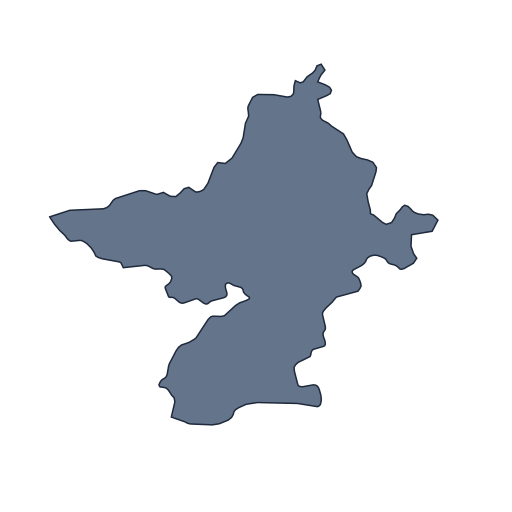 Osjecko-Baranjska, Mercator projection, rotated 342°
{"feature_id": "HRV-1603", "entity_name": "Osjecko-Baranjska", "entity_type": "County", "adm_level": 1, "iso_a3": "HRV", "parent_name": "Croatia", "parent_adm1": "", "projection": "mercator", "projection_center": [18.514, 45.561], "detail": "fine", "context": "isolated", "style": "filled", "palette": "slate", "viewbox_px": 512, "rotation_deg": 342, "n_neighbors": 0, "source": "natural_earth", "source_scale": "10m", "svg_char_len": 4162}
<svg xmlns="http://www.w3.org/2000/svg" viewBox="0 0 512 512"><g transform="rotate(342 256 256)"><path d="M353.0,105.0L354.8,104.9L360.1,101.3L366.2,99.5L369.7,97.6L372.7,94.0L377.2,93.7L379.0,100.5L373.7,104.0L371.3,106.3L368.5,109.5L374.8,114.6L378.1,118.2L379.0,121.6L376.8,124.5L372.9,125.3L363.1,126.2L362.2,138.3L361.6,140.8L360.5,142.7L360.0,144.6L361.1,147.3L365.8,152.1L368.0,155.9L376.9,166.9L378.3,173.6L379.6,186.9L382.2,192.6L386.4,196.0L391.6,199.0L396.1,202.9L397.9,209.2L396.1,213.0L387.7,224.7L384.3,227.2L380.6,230.9L379.4,239.2L379.0,247.4L377.9,251.2L380.5,253.3L386.7,263.2L389.6,266.1L395.3,266.1L399.3,262.9L402.4,259.2L407.7,256.4L410.3,254.5L413.1,253.7L415.9,255.8L417.8,259.3L418.7,261.5L420.1,263.5L423.2,266.1L428.3,268.6L432.8,269.5L436.7,271.8L440.1,278.1L431.2,286.9L413.0,284.2L410.5,283.8L406.4,294.7L406.6,302.7L408.2,307.8L403.5,311.5L393.0,313.7L390.2,313.6L388.7,312.7L388.3,311.8L387.8,310.8L387.3,309.9L385.8,308.0L384.8,307.2L381.4,305.1L380.4,304.2L379.7,303.3L379.2,302.2L378.7,300.1L378.4,299.1L377.3,297.7L375.5,295.9L371.4,292.8L368.6,291.7L364.9,291.4L363.0,291.8L361.3,292.4L360.1,293.3L358.4,295.3L356.5,296.5L353.7,297.6L345.0,299.1L343.3,299.7L342.6,300.6L342.5,301.7L342.6,302.7L343.4,303.9L345.7,306.8L346.3,307.7L346.8,308.7L347.1,311.8L347.1,314.4L346.7,317.0L344.8,319.0L342.1,321.0L319.8,319.9L313.9,323.6L306.7,327.0L303.6,328.9L301.7,330.6L301.2,332.0L301.0,333.6L300.2,343.9L299.8,346.0L299.0,347.4L296.9,349.0L296.2,349.9L295.6,351.0L295.3,352.5L295.2,354.2L295.3,356.3L295.3,358.5L294.7,361.3L293.8,362.4L292.6,362.8L281.6,362.5L279.9,363.3L278.6,364.8L277.8,366.5L276.4,368.3L263.2,370.2L259.8,371.8L257.7,373.8L257.2,376.0L256.9,377.7L256.1,390.2L256.1,392.0L256.4,392.6L257.1,393.4L258.5,394.2L260.2,394.8L270.4,396.2L272.3,396.9L273.8,398.2L274.6,400.0L274.9,402.6L274.7,408.0L274.2,410.7L273.6,413.2L272.0,416.2L270.6,417.7L268.9,418.3L267.7,418.2L265.4,417.0L250.0,409.1L212.1,395.8L200.9,394.0L192.6,394.9L188.9,395.9L186.7,397.5L185.3,399.8L182.8,402.0L178.8,403.5L169.3,404.2L162.3,403.1L141.8,395.5L139.2,393.9L138.2,392.9L137.9,392.4L137.7,392.2L125.7,383.0L133.8,369.6L134.3,365.3L133.5,363.9L132.7,362.0L131.8,358.5L131.1,356.3L130.3,354.7L129.5,353.6L126.8,352.0L124.3,350.9L123.9,349.6L123.9,348.5L124.6,347.7L125.4,346.8L126.2,346.0L127.2,345.3L128.3,344.7L129.5,344.3L131.7,343.9L133.3,343.0L134.9,341.2L138.8,333.8L140.2,331.8L150.7,321.5L154.1,318.9L157.7,317.6L165.5,317.5L171.7,316.1L173.6,315.4L190.8,301.6L194.1,299.9L196.4,299.9L204.1,302.7L207.2,303.0L207.8,302.9L221.1,296.8L226.0,295.5L232.8,295.3L236.0,294.7L236.9,294.0L236.9,293.1L234.7,290.2L233.7,288.5L233.0,286.6L233.2,284.0L232.8,282.5L231.9,281.2L225.9,277.2L222.8,273.9L221.6,273.1L220.4,272.9L219.4,273.0L218.7,273.3L218.0,273.9L217.6,275.0L217.1,276.9L216.9,281.7L216.7,283.1L216.0,284.4L214.6,285.4L212.6,285.7L199.8,285.0L198.1,285.4L195.5,286.4L194.1,286.4L192.9,285.8L191.7,284.7L188.3,280.0L187.4,279.0L186.7,278.4L185.8,278.1L172.8,278.4L171.3,278.1L169.8,277.3L168.5,275.9L165.8,271.4L164.7,270.1L163.4,269.3L162.1,269.0L161.2,268.7L160.3,267.8L159.8,259.9L159.8,258.3L160.1,257.3L160.7,256.8L164.9,255.3L166.8,254.1L169.1,251.1L169.4,249.1L168.4,246.8L167.3,244.8L164.4,240.4L162.0,239.1L156.2,237.3L154.3,236.2L150.7,232.5L149.2,231.3L147.2,230.5L126.2,226.1L125.5,220.9L125.0,220.2L124.2,219.4L109.2,211.3L105.7,208.8L103.7,206.6L103.3,203.3L102.7,200.6L101.7,197.3L99.1,192.1L97.0,189.4L95.1,187.5L93.3,186.7L84.7,184.8L83.4,183.8L81.9,181.3L80.6,177.3L77.1,170.8L74.2,163.5L71.9,155.3L71.9,155.0L93.1,155.0L125.3,163.9L128.9,163.9L132.2,162.7L137.5,158.8L140.2,157.9L165.5,157.9L171.2,159.8L180.6,166.8L187.6,166.9L192.9,172.7L198.1,174.7L203.4,172.6L208.4,169.8L213.3,169.9L218.4,176.5L218.5,176.5L220.6,177.1L222.6,177.3L224.7,177.1L227.0,176.5L232.8,171.9L243.5,158.7L248.5,155.3L255.4,158.5L263.4,155.5L276.6,144.1L280.3,139.6L287.0,126.5L291.6,121.4L292.0,121.2L292.8,118.5L293.8,113.2L294.9,111.0L301.8,104.1L307.6,102.9L322.8,108.1L334.9,114.5L338.6,115.0L341.8,113.2L343.2,110.1L344.6,106.1L347.6,101.4L351.6,105.0L353.0,105.0Z" fill="#64748b" stroke="#1e293b" stroke-width="1.5"/></g></svg>